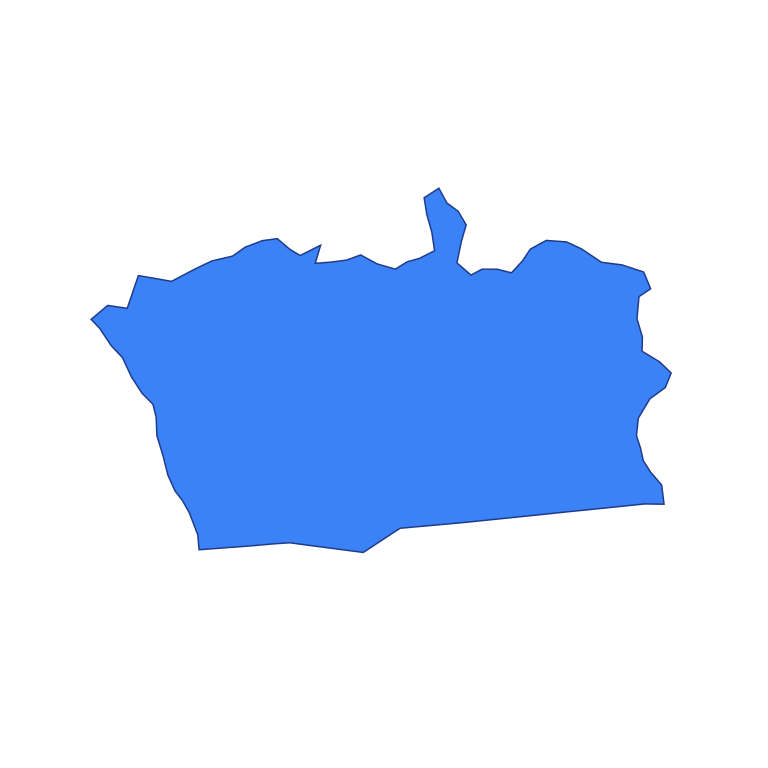 Coité do Nóia, Alagoas, Brazil (orthographic projection), rotated 103°
{"feature_id": "56859067B710656969786", "entity_name": "Coité do Nóia", "entity_type": "district", "adm_level": 2, "iso_a3": "BRA", "parent_name": "Brazil", "parent_adm1": "Alagoas", "projection": "orthographic", "projection_center": [-36.593, -9.632], "detail": "fine", "context": "isolated", "style": "filled", "palette": "blue", "viewbox_px": 768, "rotation_deg": 103, "n_neighbors": 0, "source": "geoboundaries", "source_scale": "gbopen_adm2", "svg_char_len": 1189}
<svg xmlns="http://www.w3.org/2000/svg" viewBox="0 0 768 768"><g transform="rotate(103 384 384)"><path d="M386.9,683.9L393.7,673.5L407.9,658.6L417.1,644.8L434.1,631.5L447.5,617.6L455.7,604.6L467.7,598.5L485.3,593.7L503.4,583.3L521.5,574.0L535.2,563.6L543.1,554.0L553.3,544.7L572.7,531.6L587.1,526.9L570.9,474.9L564.8,456.3L559.9,440.1L558.6,426.2L552.8,366.3L521.0,336.0L500.0,272.1L469.1,181.8L442.3,103.3L438.1,84.1L420.0,90.7L410.0,104.3L400.3,114.2L389.0,119.5L377.5,126.4L360.1,128.5L338.6,121.6L324.2,109.1L308.7,106.7L300.5,120.3L294.0,140.0L280.3,142.7L263.5,152.2L241.5,155.2L231.2,145.6L216.5,156.2L214.4,178.9L216.5,199.4L207.9,222.0L204.5,238.2L207.6,258.2L219.7,271.8L232.6,276.6L247.0,284.8L246.7,299.7L250.1,314.4L258.3,323.7L249.6,340.2L227.3,340.7L210.5,339.7L199.0,350.6L193.5,363.4L180.9,374.6L193.5,386.8L209.2,380.4L225.2,371.6L242.8,364.7L253.6,377.7L259.6,388.7L269.6,399.0L268.5,417.9L263.5,435.8L271.7,448.3L277.2,463.2L281.9,478.1L263.0,477.0L277.7,494.6L273.8,506.3L266.4,520.7L271.7,534.8L281.9,550.0L293.5,560.4L302.9,579.5L314.2,593.7L331.8,614.2L333.6,647.7L368.0,651.2L369.6,670.9L386.9,683.9Z" fill="#3b82f6" stroke="#1e3a8a" stroke-width="1.5"/></g></svg>